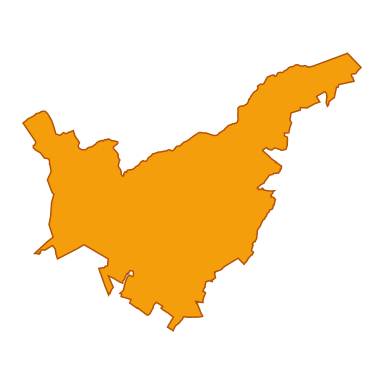 outline of Comala, Colima, Mexico
{"feature_id": "50627088B21346817666237", "entity_name": "Comala", "entity_type": "district", "adm_level": 2, "iso_a3": "MEX", "parent_name": "Mexico", "parent_adm1": "Colima", "projection": "albers", "projection_center": [-103.766, 19.395], "detail": "fine", "context": "isolated", "style": "filled", "palette": "amber", "viewbox_px": 384, "rotation_deg": 0, "n_neighbors": 0, "source": "geoboundaries", "source_scale": "gbopen_adm2", "svg_char_len": 5970}
<svg xmlns="http://www.w3.org/2000/svg" viewBox="0 0 384 384"><path d="M347.5,53.3L313.9,65.8L310.3,66.9L309.4,66.9L308.5,67.2L307.8,66.7L307.0,66.9L306.3,66.0L304.8,65.6L302.7,66.1L300.7,66.1L297.7,64.7L295.4,65.0L293.1,66.6L290.9,66.8L288.5,67.8L287.9,68.7L285.8,70.4L284.7,70.6L283.3,72.0L281.8,72.6L280.3,72.3L278.0,72.9L276.8,74.7L276.4,75.8L275.4,76.3L274.9,76.3L274.1,75.1L273.2,75.0L270.3,75.7L268.4,76.8L267.3,77.1L263.6,84.0L262.8,84.3L261.0,84.1L259.8,84.4L257.5,86.2L258.0,87.7L257.5,89.3L256.2,90.8L254.0,92.1L251.5,95.3L250.0,98.2L248.8,99.4L248.2,101.9L247.0,103.9L243.4,106.0L242.4,105.9L239.9,106.4L238.6,107.2L237.9,108.7L238.1,111.5L237.8,115.2L238.2,119.1L237.6,121.5L237.0,122.3L235.8,123.2L234.9,123.3L234.1,123.8L232.4,123.8L231.4,124.6L230.3,124.8L227.8,125.9L227.3,126.7L225.4,128.3L224.4,129.7L222.1,131.3L219.2,132.9L217.9,134.7L216.8,135.2L214.9,135.5L213.0,135.3L205.8,132.9L203.8,133.1L201.0,132.5L199.6,132.5L198.1,133.1L193.8,135.9L188.9,139.7L185.8,141.6L184.2,142.0L181.4,144.4L180.5,145.6L176.4,146.5L173.6,150.1L173.2,150.4L171.8,150.9L170.0,149.9L168.1,149.9L166.8,150.9L164.6,151.0L163.5,151.4L159.5,152.1L158.4,152.0L156.8,152.8L152.6,154.0L150.8,156.1L148.4,157.6L147.4,159.7L146.6,160.8L145.7,161.2L144.3,161.3L143.0,160.6L140.8,162.1L139.0,164.7L137.8,165.7L135.7,166.7L134.2,168.4L132.6,169.3L130.8,169.8L129.4,169.8L127.4,170.2L126.9,171.0L126.6,172.3L125.6,171.8L124.8,171.9L123.8,173.8L123.7,175.5L123.0,176.3L122.4,175.9L121.2,174.2L121.2,172.2L120.6,169.8L118.4,166.6L118.4,165.1L119.2,161.5L119.9,160.0L118.6,158.1L118.2,157.2L118.2,154.4L116.7,152.1L113.7,148.9L113.3,147.9L113.4,147.1L113.7,146.7L117.2,144.1L117.6,143.5L117.9,142.5L117.6,141.8L114.8,141.0L111.7,140.7L109.0,139.1L107.7,139.1L106.9,139.9L106.0,139.4L105.2,139.6L104.1,140.0L103.4,141.0L101.7,140.4L100.1,141.2L98.7,141.3L98.1,142.0L96.7,142.7L95.6,144.2L94.2,145.3L93.4,145.5L92.4,146.7L88.9,147.3L87.5,148.1L86.8,148.9L85.6,149.6L83.3,149.9L81.5,149.5L79.4,148.5L78.4,147.0L78.3,145.2L79.5,142.6L74.9,135.9L73.3,130.5L72.2,131.2L71.0,131.5L70.2,132.1L69.6,132.2L69.2,132.0L68.4,132.3L67.1,133.4L65.9,133.6L63.4,132.6L60.1,135.4L55.8,133.9L54.0,127.3L51.5,120.2L47.5,113.5L45.5,111.6L44.8,111.2L43.6,111.2L41.7,111.5L40.5,112.0L40.0,112.6L35.8,113.8L34.9,115.3L34.0,115.5L33.4,116.1L27.6,119.1L26.2,120.6L23.0,123.0L35.1,140.8L35.6,142.1L35.5,143.6L34.4,145.1L33.3,145.6L33.3,147.7L35.6,150.0L40.5,152.9L44.4,158.1L47.6,158.6L49.1,159.4L49.6,162.1L49.5,164.2L50.3,166.1L50.3,167.2L50.7,168.4L50.6,168.8L50.9,170.0L51.1,171.7L47.4,179.9L52.2,192.7L53.9,194.3L51.6,202.5L50.6,216.6L49.0,224.5L53.1,237.2L48.1,241.0L33.9,254.1L35.8,253.0L36.7,253.3L37.0,253.7L39.0,254.2L39.8,253.5L39.4,252.5L40.4,252.7L40.3,252.0L41.7,250.0L43.1,249.8L44.8,250.2L52.4,245.5L55.2,248.9L55.9,253.6L57.1,257.6L57.4,257.9L57.5,258.9L77.8,248.4L84.0,244.7L108.2,258.9L107.6,265.8L105.5,266.3L104.9,266.6L104.6,267.5L98.8,268.4L104.9,285.7L108.6,295.0L109.3,293.3L109.9,293.6L110.3,292.9L110.0,292.8L111.9,289.1L113.3,287.4L108.4,275.9L113.6,278.3L118.9,281.6L122.7,283.2L122.8,281.5L123.1,280.7L124.2,279.8L125.7,275.9L127.1,273.4L127.6,274.1L127.8,273.8L128.5,273.4L129.3,271.8L129.6,270.7L132.5,270.9L133.1,271.2L133.3,271.7L133.4,274.1L133.1,276.2L132.5,276.5L131.5,276.3L129.4,275.0L127.5,276.8L125.2,282.4L123.5,289.8L122.6,291.3L119.9,293.3L121.7,294.3L121.1,296.5L131.0,299.5L129.7,303.0L137.3,308.4L137.6,307.9L147.1,315.1L148.3,315.0L149.8,313.8L151.2,311.5L152.2,309.3L153.0,308.3L153.4,305.6L156.1,302.4L159.4,304.1L162.9,306.5L161.0,308.0L162.4,309.5L168.1,313.0L173.3,317.2L167.5,327.1L173.2,330.7L174.3,327.8L175.8,325.6L179.7,322.5L180.9,320.7L182.4,319.4L182.9,317.9L183.8,316.6L186.7,317.2L197.3,317.1L201.7,316.6L202.7,316.1L200.9,313.0L197.3,303.5L196.7,303.7L195.7,301.4L197.8,301.5L197.5,302.1L203.0,302.5L202.9,300.4L203.9,297.0L205.8,292.4L205.7,292.6L202.9,291.2L204.3,287.9L205.2,287.0L205.0,285.6L205.9,281.8L209.2,280.7L212.1,281.7L212.4,281.2L211.9,280.5L212.1,279.8L212.5,279.9L213.7,279.2L214.8,278.2L215.4,278.0L214.5,272.5L215.1,272.5L215.1,271.6L216.0,271.7L217.3,270.9L217.7,271.1L221.6,269.4L223.2,267.6L225.0,266.2L238.1,258.2L244.1,264.3L245.2,262.7L246.2,261.9L247.0,260.8L248.0,258.8L251.4,254.9L252.3,254.8L253.5,252.1L252.2,251.4L251.6,250.1L251.5,249.3L252.6,247.3L252.6,245.9L253.1,245.3L252.4,244.4L252.7,243.7L253.6,242.1L255.3,241.5L255.2,240.7L256.1,239.7L256.9,237.6L256.7,235.9L257.2,234.0L257.3,230.2L260.1,226.3L262.9,220.1L264.6,219.0L265.2,217.3L266.3,216.3L266.6,215.0L267.6,213.2L269.1,211.8L270.0,209.7L270.7,209.7L272.0,209.2L272.8,208.1L273.0,207.5L272.9,206.4L273.4,205.3L274.1,205.1L274.8,202.0L274.7,201.5L275.5,199.4L274.7,198.9L274.0,197.6L271.4,197.0L271.7,196.4L270.8,195.8L272.0,193.9L272.8,193.2L272.8,192.1L274.3,190.8L270.4,191.1L265.5,190.4L263.8,190.0L263.9,189.7L263.2,188.7L262.1,189.0L262.0,188.4L260.9,189.7L259.5,189.2L258.7,189.6L258.4,188.6L258.0,188.6L257.9,187.8L257.4,187.7L260.7,184.8L264.2,182.9L265.0,180.8L265.8,180.3L266.3,179.3L267.8,177.6L269.2,175.2L272.9,174.4L273.8,173.4L275.0,173.2L276.2,173.4L276.8,172.9L278.3,173.2L279.0,172.5L279.1,172.0L280.3,170.7L280.1,169.9L280.5,169.5L280.4,169.2L281.1,168.9L281.6,166.1L278.5,164.1L276.3,162.2L276.0,162.1L275.6,162.5L275.3,161.5L271.1,158.5L269.2,156.4L262.7,150.7L262.8,150.0L266.5,147.5L268.4,149.4L269.3,149.2L270.2,149.8L271.8,150.0L274.9,147.8L279.8,149.5L281.3,150.3L285.9,149.4L287.2,145.6L287.5,138.8L287.3,137.2L284.4,135.8L284.4,133.1L288.8,132.8L289.9,127.2L291.6,122.8L289.9,120.1L291.1,112.9L300.3,110.1L300.3,107.6L307.1,107.9L315.2,103.5L319.8,102.0L316.5,96.4L324.8,91.7L326.3,93.0L326.9,96.4L326.2,102.7L327.4,106.2L328.5,105.0L329.0,101.8L332.3,98.9L334.3,97.7L336.5,87.1L338.0,87.3L338.8,84.6L354.0,81.3L354.0,80.5L353.2,79.2L352.8,77.6L352.6,77.1L351.7,76.7L351.3,75.1L351.6,74.4L352.2,74.0L355.2,73.8L355.9,73.4L358.1,70.3L360.8,67.8L361.0,67.4L347.5,53.3Z" fill="#f59e0b" stroke="#b45309" stroke-width="1.5"/></svg>